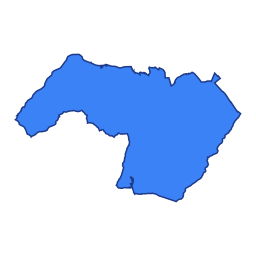 Codlea, Brasov, Romania
{"feature_id": "2599482B67290406557630", "entity_name": "Codlea", "entity_type": "district", "adm_level": 2, "iso_a3": "ROU", "parent_name": "Romania", "parent_adm1": "Brasov", "projection": "orthographic", "projection_center": [25.433, 45.714], "detail": "fine", "context": "isolated", "style": "filled", "palette": "blue", "viewbox_px": 256, "rotation_deg": 0, "n_neighbors": 0, "source": "geoboundaries", "source_scale": "gbopen_adm2", "svg_char_len": 5774}
<svg xmlns="http://www.w3.org/2000/svg" viewBox="0 0 256 256"><path d="M176.1,201.6L178.3,199.7L180.2,199.0L180.9,199.1L181.4,198.9L182.6,197.7L182.8,197.1L183.2,196.7L183.1,195.8L183.4,195.3L183.5,194.4L183.5,193.0L184.7,191.9L185.3,190.9L185.4,190.2L185.1,189.7L185.7,188.4L186.9,187.6L187.5,187.4L188.2,186.9L190.9,185.5L191.5,184.7L195.4,182.1L198.0,179.9L199.5,179.2L201.2,177.8L201.8,176.9L202.0,175.9L202.6,175.4L202.9,174.4L203.8,172.5L204.0,172.2L205.0,172.1L205.7,171.2L205.7,170.7L205.1,168.7L205.2,168.1L206.2,167.2L207.0,166.9L208.2,164.9L208.2,164.5L208.1,163.5L207.7,162.6L207.5,161.6L207.0,160.8L207.2,159.8L207.8,158.8L207.8,158.2L207.5,157.4L208.0,157.0L208.6,157.2L209.1,157.1L210.1,156.0L211.9,155.6L212.8,154.7L213.1,154.7L216.4,153.3L217.1,152.8L217.8,151.5L217.9,150.8L217.9,150.4L217.3,149.6L217.1,148.5L217.2,148.1L218.4,145.9L220.0,144.1L220.6,143.6L221.6,143.1L222.0,142.6L222.6,140.9L222.3,140.0L222.4,138.8L222.6,138.6L223.7,138.5L224.8,137.7L225.0,136.5L224.7,135.9L224.8,135.7L225.2,135.0L225.9,134.7L227.0,133.8L228.6,132.8L228.9,131.8L229.3,131.7L229.8,131.2L229.7,130.7L229.9,130.4L231.0,129.6L231.4,128.9L231.7,127.5L232.8,126.0L233.6,123.2L234.5,122.3L234.7,121.3L236.4,119.5L237.6,118.0L238.2,117.8L240.6,113.6L237.6,111.3L237.3,111.7L231.2,102.5L230.9,102.1L230.8,102.3L229.7,100.8L225.5,94.3L223.2,91.8L222.3,91.4L215.8,84.3L214.7,82.9L220.2,78.4L218.1,75.9L217.7,76.3L214.7,73.1L211.3,81.4L210.0,80.9L208.9,81.1L207.3,81.1L207.3,81.3L203.9,82.1L201.3,82.0L198.6,78.4L194.6,73.8L194.1,73.4L192.1,72.3L191.8,72.7L190.2,73.5L189.0,73.9L188.8,73.4L186.6,74.4L186.4,73.8L183.8,74.2L182.3,75.3L181.6,75.4L179.7,76.8L177.9,77.4L177.2,78.0L175.7,79.7L174.8,81.5L175.1,82.0L174.4,82.9L174.7,83.3L171.7,85.8L171.1,85.9L170.9,85.0L170.8,84.3L168.9,77.8L165.2,77.8L165.0,72.9L164.9,72.4L163.9,70.6L162.9,69.5L159.3,67.9L158.9,68.5L158.9,69.1L158.7,69.2L158.7,69.7L158.4,69.7L157.7,69.4L156.2,68.0L155.8,67.9L155.7,67.5L155.5,67.3L154.7,67.3L153.9,67.9L153.3,67.7L152.9,67.9L152.3,67.6L151.1,67.7L149.3,67.2L148.9,68.0L149.0,68.9L149.2,69.1L149.7,70.3L149.6,71.1L150.1,71.8L150.2,72.0L149.7,73.2L148.7,74.4L148.6,75.4L146.9,74.4L145.6,73.1L145.0,72.9L145.1,73.1L144.9,73.7L144.2,73.3L143.6,72.7L143.3,72.6L142.2,73.2L141.0,72.2L139.8,72.5L139.7,72.7L139.7,73.0L139.9,73.5L139.9,74.6L139.3,74.0L138.3,73.4L135.9,72.9L135.2,72.5L134.9,72.9L134.3,72.1L134.3,71.8L133.1,70.8L133.5,70.3L132.5,70.4L132.4,70.3L132.0,68.3L131.2,67.7L131.2,66.6L125.5,66.7L124.5,67.1L123.9,66.9L123.4,67.0L121.8,67.6L120.1,68.0L119.4,67.9L116.0,66.6L114.2,66.3L111.8,66.3L106.7,64.7L105.5,64.5L105.4,64.7L107.0,65.7L106.9,65.9L106.4,66.0L104.6,65.1L103.8,65.2L103.2,65.5L102.3,65.5L102.4,66.1L102.8,66.4L102.0,67.3L101.9,67.7L101.1,68.0L100.9,67.3L101.1,65.8L100.9,65.5L99.3,65.7L95.6,65.1L93.1,63.9L91.4,63.2L91.0,62.4L90.3,62.7L89.6,62.5L84.8,60.7L82.8,59.2L82.4,58.3L82.3,57.2L82.0,56.8L80.9,55.7L79.2,54.5L78.6,54.4L72.9,54.5L72.1,54.7L70.4,55.2L67.8,56.6L66.9,58.5L66.5,59.9L64.3,62.7L62.2,65.7L60.2,68.1L54.0,70.8L52.2,72.4L51.8,74.7L51.4,75.3L47.2,78.8L45.5,82.2L44.7,84.4L44.6,85.4L44.2,86.4L41.0,89.0L37.3,90.8L36.0,91.7L33.2,94.8L32.0,97.7L29.9,99.2L28.5,100.0L27.7,100.6L27.2,101.2L27.0,101.9L25.6,103.1L25.0,106.1L24.1,107.3L23.1,106.9L21.6,108.5L21.3,110.5L20.9,110.4L20.7,111.3L18.8,113.5L18.0,113.9L17.8,114.6L16.9,115.6L17.3,115.6L17.7,115.2L17.8,115.3L17.2,117.1L16.3,118.9L15.4,119.7L18.2,121.4L19.0,122.8L19.2,124.1L20.2,125.0L22.7,126.1L24.2,127.1L25.9,130.2L27.3,134.1L28.3,134.4L29.3,135.0L30.7,136.1L31.2,137.0L31.9,136.3L32.6,135.8L34.1,135.4L36.0,134.0L36.7,133.1L39.5,131.6L40.6,131.7L42.7,131.6L43.9,131.2L45.1,131.2L47.2,130.1L47.2,129.7L48.9,127.2L54.3,125.0L55.6,124.0L55.9,123.2L55.7,122.3L55.9,121.6L56.4,120.9L57.4,120.3L58.0,119.3L58.4,117.5L59.6,116.7L58.9,115.1L62.5,113.5L63.8,111.7L65.5,112.1L66.4,112.0L67.2,111.7L70.6,110.8L72.3,110.9L73.6,110.4L75.2,111.0L78.2,111.6L79.8,111.2L81.2,110.5L82.1,110.5L82.4,111.1L84.5,112.9L84.9,113.8L85.8,114.7L87.2,115.3L86.5,118.7L87.0,119.6L87.5,121.8L87.5,123.1L89.0,122.7L92.9,123.3L93.9,124.3L95.7,125.5L97.3,127.2L97.5,127.2L98.2,127.7L99.6,130.8L100.0,130.5L101.6,130.1L102.1,129.7L102.7,129.6L103.4,130.1L104.1,131.4L105.0,132.1L105.9,133.6L108.2,134.3L109.1,135.3L110.0,135.8L111.0,135.9L111.8,135.6L114.1,137.2L115.2,135.6L116.0,135.2L116.2,134.8L117.1,134.8L117.5,134.4L118.0,133.7L118.3,133.0L120.6,134.0L122.1,134.1L127.3,133.7L127.4,134.0L127.7,134.3L128.1,135.8L128.5,136.1L128.7,139.2L129.1,140.7L129.5,141.1L129.4,142.9L129.2,143.9L129.3,144.8L129.0,144.7L128.7,145.2L126.8,148.9L126.6,150.5L126.2,151.1L125.7,152.9L125.4,153.4L125.3,156.2L125.1,157.0L124.6,157.8L124.6,159.1L124.1,160.9L124.4,161.2L124.0,161.9L122.8,163.1L122.8,164.3L122.6,164.9L122.6,165.5L123.0,166.5L123.6,167.1L123.4,168.4L121.7,174.3L121.7,174.7L119.8,178.7L119.2,178.9L118.7,180.2L117.7,181.8L117.4,182.1L117.2,183.7L116.8,184.5L116.4,185.1L116.3,185.4L117.3,186.2L117.6,187.0L118.6,188.0L118.9,187.9L120.3,188.1L121.0,188.3L122.6,188.2L123.5,187.7L124.0,187.6L129.1,187.9L129.0,187.7L129.5,187.1L130.8,187.8L131.3,187.4L131.5,187.0L131.5,184.9L131.1,184.7L131.0,184.3L130.6,184.3L130.4,183.8L131.8,183.4L132.3,182.6L132.5,181.5L132.8,181.1L132.4,180.5L131.9,180.4L131.9,179.4L130.9,177.9L130.5,177.6L130.6,177.0L130.4,176.5L132.2,178.1L132.5,178.7L133.1,178.6L133.2,179.1L133.0,179.6L133.3,180.6L133.3,181.3L133.2,181.8L132.8,182.6L132.8,183.2L132.7,183.4L132.4,184.2L132.2,184.3L132.0,186.8L132.3,187.4L132.5,188.5L133.5,191.1L133.7,192.6L134.8,194.2L135.3,193.5L138.4,194.1L141.7,194.2L142.0,193.8L143.7,193.7L144.7,193.8L148.6,193.4L150.7,193.6L152.3,193.2L153.7,193.7L155.2,193.7L159.6,196.1L161.9,196.7L174.1,200.8L174.3,200.7L176.1,201.6Z" fill="#3b82f6" stroke="#1e3a8a" stroke-width="1.5"/></svg>